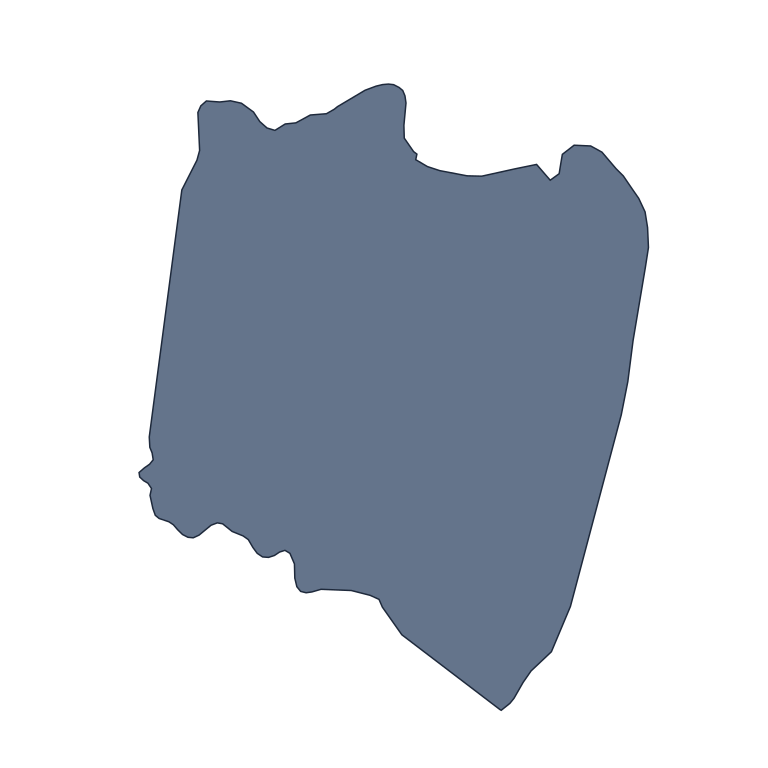 SVG path tracing the border of Saramacca, rotated 102°
{"feature_id": "SUR-73", "entity_name": "Saramacca", "entity_type": "District", "adm_level": 1, "iso_a3": "SUR", "parent_name": "Suriname", "parent_adm1": "", "projection": "mercator", "projection_center": [-55.645, 5.696], "detail": "fine", "context": "isolated", "style": "filled", "palette": "slate", "viewbox_px": 768, "rotation_deg": 102, "n_neighbors": 0, "source": "natural_earth", "source_scale": "10m", "svg_char_len": 1532}
<svg xmlns="http://www.w3.org/2000/svg" viewBox="0 0 768 768"><g transform="rotate(102 384 384)"><path d="M152.3,399.6L158.0,399.6L162.3,386.7L163.7,373.8L163.1,346.0L160.4,331.6L146.3,300.6L137.5,280.4L150.1,263.8L141.9,256.4L131.8,256.9L122.3,257.3L110.9,247.7L108.2,231.3L111.9,219.0L125.2,201.7L130.7,193.2L141.5,181.9L149.5,173.4L161.4,164.4L176.2,158.7L195.5,153.7L215.4,152.6L289.7,149.4L331.0,146.0L364.8,145.5L562.9,155.4L611.1,164.6L634.1,180.5L647.0,185.9L664.4,191.5L670.1,194.4L678.8,201.5L678.3,203.0L625.6,314.4L602.6,339.2L595.7,344.1L593.6,353.6L592.8,373.1L597.9,402.9L602.4,411.3L604.4,416.8L604.2,422.4L600.4,427.1L592.4,430.9L578.6,434.2L569.2,440.8L567.3,446.3L570.1,451.2L574.5,455.5L577.6,460.9L578.4,466.8L576.0,472.8L571.2,478.2L564.4,484.4L561.9,490.2L559.8,501.9L554.3,512.8L554.5,518.2L558.1,523.8L570.3,533.5L574.1,538.6L574.7,543.9L573.1,549.8L569.4,555.6L565.5,560.7L563.5,565.7L562.3,576.0L560.0,580.4L553.8,584.2L541.6,589.7L534.6,589.7L530.1,594.3L528.5,599.1L525.8,603.6L521.5,605.2L515.8,600.9L511.2,596.6L506.1,594.0L499.6,596.5L494.6,599.9L484.6,602.6L236.2,622.1L204.0,613.5L193.9,612.9L157.1,622.5L150.0,621.0L144.1,616.6L142.3,603.3L138.9,593.1L139.0,581.8L145.1,568.2L153.1,560.1L157.9,551.7L158.6,543.4L150.2,534.7L146.9,524.5L136.2,512.0L131.6,496.5L125.5,489.7L122.4,487.2L100.6,463.6L94.3,453.7L91.4,447.6L89.7,442.0L89.2,436.8L90.8,430.9L93.0,426.7L97.8,423.4L104.6,420.9L126.9,418.3L139.3,415.3L150.5,403.4L152.3,399.6Z" fill="#64748b" stroke="#1e293b" stroke-width="1.5"/></g></svg>